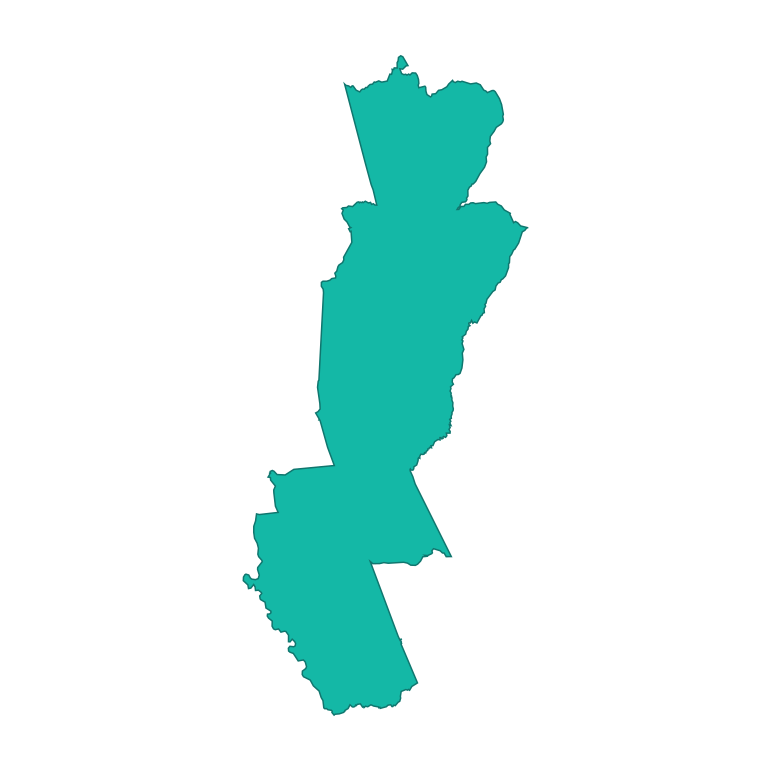 outline of Aguachica, Cesar, Colombia, rotated 355°
{"feature_id": "7082276B33891550919089", "entity_name": "Aguachica", "entity_type": "district", "adm_level": 2, "iso_a3": "COL", "parent_name": "Colombia", "parent_adm1": "Cesar", "projection": "equal_earth", "projection_center": [-73.576, 8.248], "detail": "fine", "context": "isolated", "style": "filled", "palette": "teal", "viewbox_px": 768, "rotation_deg": 355, "n_neighbors": 0, "source": "geoboundaries", "source_scale": "gbopen_adm2", "svg_char_len": 6101}
<svg xmlns="http://www.w3.org/2000/svg" viewBox="0 0 768 768"><g transform="rotate(355 384 384)"><path d="M241.9,514.4L241.3,520.4L241.6,526.4L243.8,531.6L244.6,536.6L243.5,542.6L244.1,545.1L247.0,549.1L247.2,550.4L242.2,555.8L241.9,557.7L243.1,563.5L241.7,566.9L238.9,567.7L235.1,566.8L233.9,565.5L232.6,562.5L229.9,561.4L228.9,561.8L227.2,564.1L226.7,567.7L230.9,572.3L231.2,576.0L233.6,575.7L236.7,572.4L237.9,575.0L238.0,578.5L241.1,578.5L243.7,581.1L243.9,582.0L241.7,584.3L241.9,587.2L242.3,588.0L246.5,591.0L246.9,596.9L251.5,600.4L251.4,602.1L250.0,603.1L247.9,603.1L247.5,605.0L248.6,607.2L252.0,610.4L251.4,615.5L252.6,618.3L254.3,619.3L257.6,618.8L259.7,622.2L263.3,621.6L264.7,622.0L267.0,625.9L266.4,632.4L267.9,632.7L270.3,630.2L272.6,632.9L273.3,634.8L272.7,637.1L271.2,637.9L267.4,637.1L265.7,638.9L265.7,641.7L267.0,643.0L270.2,644.5L274.4,652.4L279.7,651.9L281.3,654.0L282.2,658.8L281.3,660.6L277.7,662.9L277.2,666.3L278.3,668.6L284.7,672.5L287.3,678.5L292.6,684.2L294.1,690.9L295.6,694.0L295.8,701.4L296.8,702.4L298.4,702.3L299.7,703.6L303.2,704.5L303.9,705.6L303.5,706.7L305.4,709.5L306.5,708.7L310.7,708.7L314.9,707.7L316.4,706.7L316.6,705.8L319.9,704.2L322.2,700.6L324.3,702.9L325.7,703.1L326.9,702.7L327.9,701.4L328.5,701.9L329.5,700.8L332.6,700.6L334.5,704.0L335.6,703.6L335.9,704.6L337.5,703.4L339.7,704.1L343.0,702.4L345.6,703.9L350.3,705.2L350.6,706.1L351.7,705.7L352.0,706.8L358.2,705.7L360.0,704.3L362.7,704.1L363.8,706.0L364.6,706.1L365.8,704.8L367.2,705.4L370.4,702.2L372.0,701.5L373.2,698.4L373.1,696.6L374.3,691.8L379.1,690.3L380.8,691.0L381.7,690.4L382.8,691.3L385.4,687.7L391.3,684.7L378.6,645.5L378.3,644.4L378.9,644.0L378.5,642.8L378.8,642.5L378.1,640.7L379.4,639.4L377.8,640.0L377.9,641.5L376.1,636.5L354.8,559.6L357.2,562.0L363.9,562.5L368.3,561.9L372.6,562.9L388.0,563.3L391.8,564.5L394.9,566.8L399.5,567.4L401.8,566.4L405.0,563.6L407.6,559.5L411.3,559.4L409.9,558.3L412.6,558.7L416.7,557.2L417.5,556.4L417.2,554.2L419.0,552.4L425.4,555.0L427.5,557.4L429.2,557.7L430.9,561.4L436.0,561.8L406.3,486.2L404.6,478.7L402.5,472.8L402.5,471.6L402.8,471.0L403.4,472.1L405.3,472.3L406.2,471.2L406.6,469.1L409.5,467.5L411.2,463.5L411.6,461.1L412.2,460.4L413.2,461.1L413.3,459.1L414.5,457.2L416.7,457.6L417.9,457.3L418.4,455.9L419.5,456.4L420.4,454.6L421.7,454.0L422.0,452.6L423.1,452.5L423.8,451.2L425.8,451.7L425.4,449.6L427.4,449.6L429.4,445.9L432.9,444.0L435.0,444.6L435.1,442.3L436.1,442.4L436.8,443.7L438.1,443.3L438.1,442.1L438.7,441.5L440.7,442.5L442.1,441.0L441.8,438.4L445.5,438.7L445.8,437.1L444.8,434.8L446.1,433.2L445.6,430.4L447.1,431.1L446.2,428.4L447.3,427.0L446.4,424.9L448.1,424.1L448.0,422.2L449.2,419.7L449.1,418.4L450.5,416.5L450.9,414.8L450.5,412.0L451.0,408.6L450.2,406.0L450.5,403.7L449.7,402.5L450.3,402.0L449.7,400.8L450.1,398.9L449.2,396.8L450.3,394.4L450.0,392.6L453.1,390.3L452.1,388.0L452.7,384.8L454.3,383.9L456.6,381.0L458.9,381.0L460.7,380.0L463.0,374.9L464.7,366.8L464.7,360.0L466.6,356.5L465.3,350.4L466.4,348.0L465.4,346.9L466.6,345.0L466.0,343.9L469.7,341.5L470.6,338.6L472.4,336.8L473.0,334.0L474.7,333.4L474.0,332.6L473.7,331.0L474.2,330.4L475.4,330.7L476.8,328.3L477.8,331.2L479.5,330.1L481.9,331.3L486.5,324.4L487.6,324.1L488.6,322.2L490.2,321.7L490.2,317.9L492.0,315.3L491.4,313.5L492.6,312.5L493.9,308.6L500.4,301.4L502.9,300.0L504.0,296.3L506.4,293.4L508.6,292.7L510.0,290.2L511.4,289.7L514.5,286.9L518.2,279.0L518.6,275.1L519.5,274.2L520.4,268.0L522.3,266.1L524.8,261.7L525.9,261.3L530.4,255.3L535.0,244.5L537.7,243.2L539.9,240.8L541.3,241.0L533.8,238.4L531.3,235.1L529.1,233.6L527.2,234.6L524.2,225.9L524.7,225.0L519.0,221.1L516.4,216.9L512.9,214.8L511.2,212.4L505.0,212.3L502.5,213.0L499.3,212.0L490.8,212.3L488.6,211.2L486.1,211.2L484.2,212.4L480.8,212.1L479.0,214.1L476.2,213.8L473.8,216.6L472.0,216.5L473.3,214.7L475.0,213.7L475.7,211.7L477.5,209.8L481.0,209.6L481.9,208.8L482.7,207.5L482.4,206.0L484.0,204.1L484.4,198.3L486.3,195.3L488.1,194.4L489.1,192.5L490.3,192.5L493.0,190.2L497.9,182.8L503.0,176.9L505.5,171.6L505.5,166.8L507.2,164.1L507.7,157.3L511.1,153.9L510.6,151.1L511.5,146.6L515.7,141.9L518.2,138.1L523.7,135.0L525.2,133.1L525.9,131.2L525.6,127.5L526.4,125.9L525.5,115.9L523.9,109.9L520.3,102.5L518.9,101.2L517.3,101.1L512.4,102.7L511.0,101.0L509.0,99.9L506.0,94.3L502.2,92.2L496.4,92.6L488.1,89.2L486.5,89.7L483.8,88.8L481.3,89.9L479.4,88.9L478.8,87.5L474.6,90.8L472.5,93.4L467.2,95.9L463.9,96.2L460.8,99.3L457.2,99.4L456.5,101.3L455.4,102.1L452.0,99.4L451.3,95.9L451.4,92.0L450.7,90.9L444.5,91.9L444.1,89.2L444.9,87.7L444.9,83.6L444.0,79.5L442.6,77.0L439.2,76.5L436.8,78.4L435.6,77.4L433.8,78.3L432.6,77.3L430.8,77.6L428.6,76.3L427.2,71.3L430.1,72.0L433.8,69.0L435.6,68.9L431.3,59.7L429.3,58.5L426.9,59.9L426.2,63.3L425.1,65.0L424.7,70.3L421.7,70.0L421.0,71.6L419.5,71.2L419.7,72.9L418.5,76.2L416.9,75.8L413.6,82.5L408.0,83.1L405.2,81.6L401.7,82.7L400.6,82.3L398.7,84.3L396.3,84.4L394.3,85.8L393.3,87.2L391.7,87.0L390.0,88.6L388.5,88.3L387.1,88.9L385.3,90.9L381.9,88.9L379.2,84.4L378.3,84.2L376.7,85.6L374.8,84.0L372.0,83.1L370.9,81.8L384.8,163.2L388.6,184.3L390.1,189.6L392.4,205.2L390.5,204.9L389.1,203.5L387.3,204.0L386.4,201.9L384.3,202.3L381.3,200.3L379.0,201.5L378.4,200.8L377.4,201.3L376.0,200.7L375.3,201.3L374.6,200.4L373.1,200.6L368.2,204.5L364.1,203.6L362.3,204.9L358.2,204.9L357.1,205.7L358.6,207.1L357.0,210.4L358.7,216.3L361.3,219.4L363.5,224.5L364.6,225.3L362.3,226.2L363.6,229.4L364.5,229.1L364.3,240.1L354.8,254.2L354.8,256.8L353.3,259.4L349.4,261.6L348.3,263.2L346.8,267.4L344.7,269.3L345.4,272.4L345.0,274.1L341.2,274.4L339.1,275.9L336.0,276.6L332.1,276.3L330.5,277.3L330.1,281.1L331.7,284.3L331.7,287.8L319.5,374.4L318.7,375.5L317.5,381.5L318.4,398.0L318.2,403.3L315.9,405.8L313.4,406.9L316.4,413.3L316.0,414.1L316.8,414.2L317.0,414.7L317.2,415.1L322.3,442.2L327.4,460.9L286.7,461.2L277.6,466.0L269.6,464.9L266.9,461.4L265.2,460.4L263.0,461.2L263.1,462.9L262.3,462.8L262.1,464.4L260.4,466.6L262.7,467.3L262.7,469.9L266.9,476.2L264.9,480.0L264.8,482.9L265.2,496.3L267.4,502.7L248.4,503.2L245.7,502.3L244.1,509.3L241.9,514.4Z" fill="#14b8a6" stroke="#0f766e" stroke-width="1.5"/></g></svg>